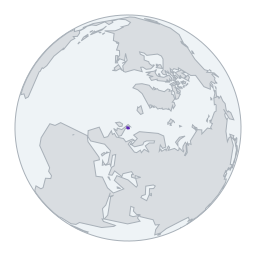 Aberdeenshire highlighted on a globe, orthographic projection, rotated 72°
{"feature_id": "GBR-2013", "entity_name": "Aberdeenshire", "entity_type": "Unitary District", "adm_level": 1, "iso_a3": "GBR", "parent_name": "United Kingdom", "parent_adm1": "", "projection": "orthographic", "projection_center": [-2.632, 57.223], "detail": "fine", "context": "on_globe", "style": "filled", "palette": "violet", "viewbox_px": 256, "rotation_deg": 72, "n_neighbors": 0, "source": "natural_earth", "source_scale": "10m", "svg_char_len": 10273}
<svg xmlns="http://www.w3.org/2000/svg" viewBox="0 0 256 256"><g transform="rotate(72 128 128)"><circle cx="128" cy="128" r="113" fill="#eef3f6" stroke="#a8b0b8"/><path d="M19.0,156.6L18.2,153.1L18.3,151.9L17.7,148.3L19.7,149.2L20.1,142.6L19.6,139.7L18.6,139.5L17.9,128.8L18.8,122.2L23.0,91.9L24.8,87.4L27.0,84.2L39.3,65.5L28.9,78.8L31.6,73.7L35.8,67.7L36.0,68.3L42.2,61.6L46.1,56.8L55.0,50.5L64.3,49.0L61.6,51.1L64.1,50.7L67.8,48.1L69.6,46.6L83.4,43.1L96.2,37.2L98.3,34.0L99.3,35.9L102.2,29.1L107.9,25.9L102.6,30.5L102.9,31.7L107.3,29.8L108.6,30.7L111.5,30.4L112.7,31.7L109.5,34.4L110.1,35.4L113.3,34.1L116.4,34.7L111.7,36.4L116.6,37.7L112.2,43.0L98.8,47.5L97.4,52.1L86.4,61.5L88.5,62.0L85.7,66.1L87.0,68.2L84.6,69.5L87.8,70.1L89.7,68.5L91.8,68.3L92.8,69.4L89.8,71.3L88.9,70.9L88.6,72.1L86.7,72.5L88.2,73.0L84.5,75.2L89.6,74.8L87.8,78.0L85.0,79.0L83.5,76.6L73.2,73.4L69.9,74.0L66.8,77.1L64.7,87.7L61.8,89.4L59.2,93.5L61.6,93.5L64.5,90.4L68.3,91.6L71.4,87.8L73.4,87.8L77.3,85.0L78.7,88.1L77.8,92.6L74.7,95.1L74.2,97.2L78.8,97.1L74.4,104.1L74.1,113.1L72.8,114.8L67.3,113.8L63.4,107.9L56.3,107.3L62.8,110.4L59.3,114.9L59.5,116.8L60.9,118.3L62.9,117.7L62.2,119.9L55.4,117.4L56.0,115.4L58.2,116.2L56.3,113.5L51.7,112.2L50.3,114.8L44.9,110.7L43.9,112.5L42.1,112.8L44.2,110.1L40.3,114.9L33.8,112.0L28.4,120.2L31.6,110.3L31.4,106.0L30.7,101.7L29.8,102.9L30.2,96.0L28.3,93.0L24.3,96.7L21.6,103.2L21.4,110.2L22.9,109.8L23.7,114.2L19.9,117.2L20.7,126.6L18.8,130.5L18.6,135.4L19.8,138.9L20.8,144.3L22.7,144.6L25.2,147.8L24.1,151.8L26.4,150.9L27.2,155.3L32.9,164.2L32.2,164.4L36.8,176.3L43.6,185.9L45.2,190.3L44.2,191.0L47.0,194.1L47.1,195.1L59.8,206.3L67.6,213.2L68.2,216.4L63.4,216.4L63.2,219.7L56.3,214.8L49.7,209.0L43.6,202.6L38.1,195.9L33.1,188.6L28.6,181.1L24.8,173.2L21.6,165.0L19.0,156.6ZM26.7,122.2L27.8,135.0L25.6,130.2L26.3,130.5L26.3,126.7L25.9,121.0L24.4,117.0L26.7,122.2ZM30.6,122.4L30.3,120.5L30.8,122.0L30.6,122.4ZM70.2,45.8L67.7,48.0L64.0,50.1L65.8,48.1L70.2,45.8ZM77.6,42.4L76.8,43.6L74.0,43.6L75.3,42.9L77.6,42.4ZM99.6,31.6L97.4,32.8L99.1,31.4L99.6,31.6ZM111.7,30.1L111.9,29.6L113.4,29.7L111.7,30.1ZM76.4,83.6L76.8,84.3L75.8,84.4L76.4,83.6ZM77.6,81.8L76.1,81.4L76.5,80.5L77.4,80.7L77.6,81.8ZM116.4,31.8L118.6,32.2L115.8,32.2L116.4,31.8ZM79.3,82.4L77.3,79.0L78.0,77.4L82.0,77.0L79.3,82.4ZM119.5,32.8L124.9,34.0L125.8,32.7L126.1,37.1L121.5,34.5L117.9,34.7L119.8,33.8L119.5,32.8ZM89.9,67.5L87.9,69.3L88.7,66.8L89.9,67.5ZM89.9,66.0L89.4,59.0L92.9,57.1L92.4,59.8L96.2,56.7L98.1,59.2L96.5,61.4L93.8,62.1L96.6,62.6L89.9,66.0ZM125.5,39.5L126.3,40.2L124.8,40.0L125.5,39.5ZM92.6,68.0L92.2,66.7L95.2,65.0L96.6,67.3L95.2,67.1L92.6,68.0ZM96.2,54.7L98.7,53.9L101.0,55.6L102.2,55.6L98.5,59.1L96.2,54.7ZM95.0,68.1L97.2,68.5L96.7,70.4L93.3,69.2L95.0,68.1ZM95.4,63.6L96.9,62.9L96.5,64.0L95.4,63.6ZM96.1,77.6L95.5,76.0L97.0,74.9L96.1,77.6ZM98.1,68.5L98.3,67.9L98.8,67.3L100.1,68.0L98.1,68.5ZM100.3,60.1L100.8,61.1L102.0,58.8L103.7,60.1L100.9,62.2L102.8,61.9L103.4,62.3L100.5,63.6L100.3,60.1ZM103.0,67.0L100.1,70.3L100.8,73.6L99.4,74.6L98.5,69.2L103.0,67.0ZM101.8,64.9L102.3,66.4L100.4,66.8L98.9,66.0L101.8,64.9ZM105.9,60.3L104.0,57.7L104.6,57.4L105.9,60.3ZM103.6,67.9L104.3,67.1L103.9,68.0L103.6,67.9ZM105.6,62.5L104.8,61.6L105.6,61.2L105.6,62.5ZM106.4,66.3L105.4,67.3L104.4,66.8L106.4,66.3ZM106.3,64.5L107.6,64.2L104.6,65.9L105.9,64.1L106.3,64.5ZM106.5,62.3L106.7,61.8L106.7,62.7L106.5,62.3ZM110.9,67.8L107.3,70.2L105.0,68.9L108.8,66.8L110.9,67.8ZM234.0,89.9L234.9,93.6L236.8,99.0L236.7,98.4L237.4,101.4L237.6,101.9L236.2,97.6L234.2,94.8L235.5,100.3L234.2,98.0L231.6,98.2L232.8,106.3L235.5,122.5L237.9,129.2L237.9,135.6L233.1,133.0L229.5,128.2L228.7,132.0L223.0,132.5L215.9,144.1L214.0,143.4L212.9,146.5L208.7,148.5L205.5,146.9L203.4,149.6L211.7,153.5L213.9,150.6L214.5,144.6L216.5,146.8L220.4,145.4L219.1,158.0L207.2,178.7L204.6,174.2L188.2,165.8L187.9,163.5L187.8,163.3L187.5,163.0L187.4,167.1L184.1,164.9L194.4,172.9L196.8,177.2L207.1,179.2L206.5,180.8L209.3,180.2L216.8,170.1L217.2,171.9L214.5,183.8L202.9,203.3L203.6,207.3L201.4,211.8L192.4,219.4L191.4,220.9L186.5,224.2L185.3,225.0L177.7,229.1L169.9,232.6L161.7,235.5L158.7,236.0L154.6,233.4L158.9,229.6L158.5,227.2L150.3,222.0L152.2,217.1L149.7,215.5L144.7,216.9L141.6,214.8L138.4,215.1L117.5,217.4L110.4,213.6L99.8,201.0L103.0,196.6L102.1,190.4L122.7,169.1L128.7,170.3L146.8,164.6L149.4,165.0L149.0,170.8L164.0,173.3L166.8,167.5L178.6,166.0L185.3,162.0L184.6,150.8L173.6,157.2L169.9,153.3L177.4,144.0L186.8,138.4L185.6,136.7L178.2,136.3L178.9,131.2L175.5,135.8L178.0,136.8L175.9,139.8L173.5,139.1L173.8,137.3L170.6,138.1L169.9,146.9L172.3,148.9L164.7,154.0L168.0,157.7L166.5,160.8L160.3,155.6L159.7,152.9L149.4,147.9L149.2,151.2L159.0,156.2L156.6,156.4L156.5,161.2L154.7,157.7L144.1,151.7L136.2,155.2L128.8,167.5L123.6,168.8L118.2,166.7L118.3,155.1L129.8,153.7L130.0,149.9L125.5,144.7L129.3,144.8L128.9,142.6L133.0,141.8L136.6,135.6L140.5,134.3L139.9,127.2L141.7,125.7L141.6,130.2L143.5,132.8L152.9,129.4L154.1,127.4L152.9,123.1L155.6,122.9L153.3,119.2L157.6,115.4L150.4,117.1L148.8,112.5L150.3,107.9L148.5,106.7L146.0,114.4L146.3,117.2L148.5,119.1L147.9,127.5L145.2,129.7L140.9,122.4L136.5,124.8L135.0,118.3L142.4,101.1L146.6,96.5L157.8,97.9L158.1,101.4L154.1,102.5L159.7,105.4L158.3,103.3L160.6,103.1L159.6,98.9L161.2,98.7L157.6,95.2L159.4,94.4L161.7,96.6L161.8,90.1L165.0,87.5L164.3,86.2L162.6,85.5L167.8,82.8L167.0,82.0L165.0,82.5L162.3,81.2L159.3,77.9L161.3,77.2L162.6,78.3L168.3,79.6L171.5,82.7L172.0,82.1L169.7,79.2L162.7,77.6L160.4,75.9L163.7,76.1L162.3,75.9L161.8,74.8L163.1,73.1L159.5,72.7L151.0,62.5L152.6,58.4L156.5,59.6L152.6,52.4L154.7,48.8L152.9,49.2L149.8,46.3L149.1,47.4L147.9,47.4L139.6,40.9L139.2,39.0L133.5,37.1L132.6,37.4L132.6,38.7L126.1,37.1L125.8,32.7L128.0,32.3L126.3,30.0L131.4,29.5L134.9,28.1L141.5,29.1L143.7,28.1L142.8,27.3L145.1,25.5L152.9,24.8L150.6,28.7L139.6,31.3L144.4,30.4L144.5,31.7L147.0,32.1L150.3,31.5L149.9,30.7L161.4,35.9L171.7,37.7L168.1,34.6L168.5,32.9L177.1,33.2L194.2,42.0L194.9,40.6L196.8,41.4L200.1,44.2L197.5,43.2L198.5,45.2L196.5,44.3L200.9,48.8L198.3,47.8L203.1,52.0L204.2,51.6L201.3,47.8L206.5,52.2L206.9,50.3L210.0,52.1L219.2,62.7L224.2,70.7L225.2,72.0L225.6,73.7L228.5,79.1L229.6,79.4L234.0,89.9ZM117.6,181.1L117.5,183.1L117.6,181.1ZM198.2,137.2L202.9,132.7L198.2,128.6L199.6,126.6L197.5,126.0L197.9,128.3L192.4,126.3L193.5,122.3L191.6,120.0L190.0,121.5L188.8,129.1L196.7,132.1L196.7,135.7L198.2,137.2ZM33.1,164.5L33.6,166.3L32.6,164.9L33.1,164.5ZM24.5,131.1L25.1,133.1L25.2,134.8L24.6,133.5L24.5,131.1ZM31.6,147.3L32.7,149.8L31.2,147.9L31.6,147.3ZM28.1,136.9L30.7,145.5L27.9,142.3L26.4,136.8L27.9,139.6L28.1,136.9ZM28.7,123.8L28.9,125.3L28.3,125.7L28.7,123.8ZM31.0,123.5L30.8,123.1L31.0,121.9L31.0,123.5ZM59.7,115.0L60.2,115.3L61.2,117.0L60.0,116.8L59.7,115.0ZM69.9,121.7L68.4,125.1L68.6,122.4L66.7,122.6L64.8,117.5L72.0,115.4L69.1,117.2L69.9,121.7ZM64.3,110.4L64.7,113.7L64.0,110.1L64.3,110.4ZM122.5,131.9L124.5,133.2L124.0,135.9L119.1,138.1L119.8,134.1L122.5,131.9ZM127.6,134.4L124.7,126.8L127.6,125.2L126.5,127.3L128.7,127.1L127.5,130.5L133.1,136.6L133.0,139.5L124.0,141.8L127.0,139.4L124.8,138.2L127.6,134.4ZM112.0,111.7L110.8,108.8L118.7,109.1L119.0,111.8L114.1,114.0L111.0,112.2L112.0,111.7ZM86.8,82.6L85.8,81.8L86.6,81.2L88.1,81.4L86.8,82.6ZM95.7,76.9L91.9,85.6L90.6,85.1L90.0,91.0L86.2,92.0L86.8,88.1L83.4,93.4L82.4,90.2L80.6,94.1L82.1,85.3L81.1,82.8L83.7,85.1L87.1,84.2L88.3,83.1L90.9,78.2L90.3,72.7L93.7,71.2L96.2,71.5L96.8,72.6L94.4,73.2L97.0,74.2L94.1,76.0L95.7,76.9ZM123.5,78.9L120.5,78.8L125.2,81.9L122.2,83.3L123.0,83.6L121.5,85.9L121.1,89.1L119.5,89.4L120.0,90.5L119.1,92.1L119.2,93.8L116.4,95.0L116.4,97.2L115.1,96.5L115.8,100.1L114.0,98.0L112.7,99.9L115.1,101.0L99.7,103.9L94.6,107.0L91.3,110.9L88.8,107.0L90.2,101.0L93.9,94.7L99.2,92.4L97.1,91.1L98.9,89.7L99.8,91.3L99.6,88.0L101.4,87.2L104.7,82.2L103.2,78.1L104.4,76.3L105.8,77.5L106.0,74.8L109.5,76.0L110.4,74.7L114.8,74.6L117.1,77.9L117.9,76.2L121.3,76.2L123.5,78.9ZM112.1,67.9L115.5,71.2L115.6,73.7L107.9,72.8L106.6,73.8L101.7,73.5L101.7,69.9L103.1,70.3L104.5,69.9L103.9,71.2L105.4,69.8L107.4,70.4L109.0,69.5L109.7,70.8L112.1,67.9ZM151.2,162.2L153.0,162.0L155.6,161.0L155.5,164.0L151.2,162.2ZM143.9,158.3L145.4,157.6L146.6,161.2L144.8,161.5L143.9,158.3ZM145.2,154.1L145.4,157.2L144.2,155.8L145.2,154.1ZM142.8,129.4L144.3,128.4L144.8,129.3L144.5,131.0L142.8,129.4ZM136.7,89.0L134.9,88.3L135.1,87.6L132.6,84.6L134.5,83.3L136.8,84.7L136.7,89.0ZM183.3,153.7L182.0,156.8L180.7,156.5L181.4,155.5L183.3,153.7ZM168.6,161.3L172.4,161.0L168.5,162.2L168.6,161.3ZM138.4,87.1L137.1,86.0L138.9,86.1L138.4,87.1ZM135.8,82.3L137.7,82.1L134.5,82.9L135.8,82.3ZM202.5,212.5L203.0,212.0L207.2,207.0L211.9,201.9L214.6,198.0L214.9,198.9L208.8,206.5L202.5,212.5ZM239.0,109.1L238.9,108.3L239.0,109.1ZM238.1,129.3L239.4,130.5L239.2,133.2L238.1,129.3ZM226.2,73.5L227.5,76.0L227.0,75.4L225.1,71.7L226.2,73.5ZM212.3,53.9L214.3,55.8L215.2,56.9L214.9,56.7L212.3,53.9ZM153.3,76.2L154.7,81.7L156.9,85.1L160.3,86.0L156.2,87.2L152.7,81.9L153.3,76.2ZM151.0,64.2L148.1,63.6L149.0,62.5L149.7,62.4L151.0,64.2ZM149.6,64.9L146.9,66.8L144.9,65.6L147.5,64.3L149.6,64.9ZM142.8,76.8L143.0,78.5L141.6,78.3L142.8,76.8ZM194.3,38.1L193.3,37.8L191.3,36.2L192.5,36.8L194.3,38.1ZM183.6,31.1L190.4,35.7L195.7,39.8L195.1,38.9L198.2,40.9L197.9,41.5L192.6,37.8L189.0,35.0L186.4,33.9L182.4,31.6L180.1,31.3L177.7,30.2L178.7,29.7L183.6,31.1ZM179.2,31.3L173.7,30.4L170.7,28.0L171.3,27.6L175.0,29.0L176.4,30.2L179.2,31.3ZM171.5,29.5L172.7,30.7L167.3,33.1L165.4,33.1L168.0,29.7L169.3,30.7L171.1,30.6L171.5,29.5ZM127.1,39.6L126.4,40.2L126.3,39.3L127.1,39.6ZM147.6,48.1L146.1,47.9L146.1,46.9L147.6,48.1ZM141.9,47.1L143.0,48.3L141.0,47.3L141.9,47.1ZM145.5,51.2L143.0,49.0L146.6,50.7L145.5,51.2Z" fill="#d9dde1" stroke="#a8b0b8" stroke-width="1"/><path d="M127.8,127.1L128.0,127.1L128.3,127.1L128.5,127.1L128.8,127.1L128.9,127.3L128.9,127.5L128.7,127.8L128.6,128.0L128.4,128.0L128.3,128.3L128.5,128.2L128.5,128.4L128.5,128.5L128.4,128.7L128.4,128.8L128.2,128.9L128.0,128.7L127.9,128.6L127.7,128.5L127.4,128.6L127.2,128.6L126.9,128.6L126.8,128.4L126.9,128.2L126.9,128.3L127.0,128.3L127.3,128.2L127.2,128.2L127.3,128.1L127.4,127.9L127.5,127.9L127.6,127.7L127.7,127.4L127.8,127.4L127.8,127.2L127.8,127.1Z" fill="#8b5cf6" stroke="#5b21b6" stroke-width="1.5"/></g></svg>